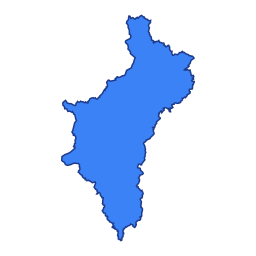 the district of Cumaru do Norte, Pará, Brazil
{"feature_id": "56859067B29511236565229", "entity_name": "Cumaru do Norte", "entity_type": "district", "adm_level": 2, "iso_a3": "BRA", "parent_name": "Brazil", "parent_adm1": "Pará", "projection": "mercator", "projection_center": [-51.233, -8.51], "detail": "fine", "context": "isolated", "style": "filled", "palette": "blue", "viewbox_px": 256, "rotation_deg": 0, "n_neighbors": 0, "source": "geoboundaries", "source_scale": "gbopen_adm2", "svg_char_len": 5825}
<svg xmlns="http://www.w3.org/2000/svg" viewBox="0 0 256 256"><path d="M150.6,20.4L149.6,20.8L148.0,20.4L147.7,19.4L145.9,19.1L145.4,18.4L144.3,18.1L144.5,17.7L144.2,17.0L143.2,16.8L141.5,15.4L139.8,16.4L138.3,18.1L137.6,18.1L137.6,17.4L137.2,17.3L135.7,18.3L135.4,19.1L134.7,19.2L133.3,17.9L132.4,17.6L130.8,18.5L130.2,16.7L129.7,16.1L128.9,16.1L128.4,19.2L128.0,20.3L126.8,21.4L126.5,23.4L127.5,24.2L128.2,25.6L128.1,27.4L129.3,30.1L129.4,34.3L130.3,34.6L130.7,35.2L130.7,37.5L130.0,38.6L126.0,40.6L125.5,41.3L125.6,42.7L127.8,44.7L128.3,47.3L128.0,49.0L128.7,49.8L129.4,50.1L130.6,52.9L130.4,53.6L135.3,57.8L134.3,59.7L133.6,62.7L132.2,65.0L131.4,67.8L126.6,70.4L125.5,73.9L124.5,75.5L122.5,75.8L119.5,77.4L117.8,77.3L117.6,76.8L116.8,77.0L116.0,78.3L115.3,78.5L115.1,78.9L115.9,79.8L115.2,80.2L110.2,81.2L108.9,80.1L108.2,80.2L106.6,82.3L107.2,83.9L107.5,86.4L107.3,86.8L106.3,86.9L106.3,88.2L105.4,88.5L105.1,90.2L104.5,89.7L104.3,89.9L102.1,93.9L99.9,95.8L99.9,97.0L98.5,97.3L98.1,98.3L97.2,99.1L96.2,98.9L95.4,97.8L94.4,98.3L93.1,97.7L91.3,98.1L89.9,98.8L89.2,100.4L88.0,101.4L87.8,101.7L88.2,102.7L87.8,102.9L87.3,102.5L86.2,102.8L85.9,102.1L85.4,101.9L84.3,102.7L83.2,101.9L81.0,101.6L80.7,101.2L79.5,102.3L78.9,102.3L77.5,101.4L77.1,102.4L76.0,103.3L76.1,104.4L75.4,105.5L73.7,105.1L71.1,103.7L69.2,103.6L67.2,102.9L65.6,100.4L63.3,102.1L62.8,103.1L63.0,105.3L64.4,106.6L64.7,108.8L65.9,108.7L66.7,109.0L67.9,111.4L69.9,111.2L71.8,112.2L72.4,111.7L72.6,112.5L73.5,112.9L73.7,114.1L74.9,114.8L75.7,118.9L76.5,120.5L74.7,122.8L72.6,131.1L72.0,131.7L72.5,133.2L74.0,134.2L73.3,134.8L73.3,135.2L74.8,135.5L75.8,137.0L75.8,139.0L75.2,139.7L75.1,141.0L75.4,143.2L74.4,143.9L74.5,145.3L73.5,146.4L73.8,146.9L74.9,147.0L75.0,148.2L70.3,152.3L67.3,153.8L65.3,154.4L62.2,156.4L61.8,157.1L62.0,157.7L61.7,160.3L62.3,161.1L64.4,162.4L65.5,164.6L67.0,165.2L68.0,165.3L71.3,164.4L72.9,163.5L74.6,163.2L78.6,163.6L79.5,164.8L79.3,166.9L79.8,167.5L79.9,168.9L79.7,169.9L78.6,170.8L78.3,172.3L79.2,172.7L79.8,173.7L81.0,174.8L82.3,175.3L82.3,176.5L82.9,177.3L84.0,178.2L85.5,178.2L85.1,179.6L86.6,180.1L86.9,180.7L88.7,180.2L89.2,180.9L90.1,181.0L92.3,182.7L95.2,182.0L95.6,183.3L94.1,187.2L95.5,189.2L97.1,190.2L97.1,191.7L97.8,192.4L96.8,193.9L97.4,193.9L98.9,192.5L99.2,192.5L100.0,193.2L100.6,195.6L101.8,196.8L101.9,197.7L103.2,197.8L102.6,201.6L102.9,202.7L102.4,203.6L103.4,205.1L104.5,205.2L104.6,206.6L104.3,207.3L103.7,207.5L103.2,209.6L102.3,210.4L102.4,211.0L103.8,213.1L104.7,213.0L105.4,213.5L105.4,215.6L106.1,216.2L107.0,216.0L107.7,216.8L107.8,217.1L107.1,217.7L107.2,218.9L108.1,220.2L109.1,220.6L109.4,221.6L109.9,222.0L110.5,222.0L111.6,222.9L113.5,223.3L112.9,224.5L113.2,225.6L114.0,226.2L113.6,226.7L112.4,226.7L112.2,227.3L113.7,228.1L114.8,227.9L115.0,229.1L115.5,229.0L117.8,230.5L117.4,231.2L118.3,231.7L117.6,235.3L118.3,236.0L118.0,236.4L118.4,237.0L118.3,238.9L119.3,239.6L120.2,239.3L120.9,240.6L121.8,240.1L122.0,237.6L123.0,236.6L123.1,233.8L123.7,233.7L123.6,232.8L123.0,232.2L123.1,230.5L123.7,229.6L123.3,229.1L125.0,228.0L125.6,226.9L126.5,227.1L127.9,225.9L129.7,225.4L130.6,224.0L132.0,224.7L132.7,224.7L133.0,226.3L134.6,227.5L134.9,227.3L135.9,225.7L135.8,225.0L136.3,224.7L135.9,222.8L136.2,222.0L137.9,220.4L139.5,220.3L140.1,219.9L140.6,219.2L140.7,217.5L140.1,217.4L140.1,216.8L141.5,216.5L141.7,215.7L141.7,212.9L142.3,210.9L142.5,209.0L141.8,207.7L141.0,207.2L141.1,206.6L140.8,206.4L141.4,202.0L140.2,199.1L140.7,198.3L142.0,197.9L142.5,196.0L142.1,195.1L143.1,194.0L142.8,192.2L141.9,191.3L141.9,190.4L141.1,190.8L140.5,190.5L139.6,189.1L138.2,188.0L138.1,186.8L137.2,187.0L136.4,186.0L138.6,183.1L139.5,180.9L139.4,179.0L138.5,177.9L139.7,176.2L139.9,175.2L142.6,174.3L143.2,173.4L142.8,172.4L140.6,170.3L140.2,168.3L137.8,167.8L137.5,167.1L138.2,165.2L139.0,164.0L139.8,164.0L141.0,165.0L141.6,164.8L142.1,163.3L144.9,159.8L144.3,158.2L145.1,156.1L145.2,153.4L145.8,152.5L145.1,150.4L145.5,149.3L144.9,147.3L145.0,146.6L143.6,143.7L143.7,143.1L144.1,142.4L145.2,141.9L146.0,141.0L146.1,140.2L147.0,140.1L147.3,139.6L148.7,139.3L149.1,138.8L150.0,138.6L150.4,137.6L153.3,134.8L154.1,133.7L153.1,129.9L153.8,129.3L153.8,128.5L152.6,127.6L152.9,127.3L154.4,127.7L154.6,127.5L155.4,124.5L156.6,123.5L156.5,121.8L160.2,118.6L160.2,117.9L158.7,116.8L158.5,115.5L159.0,114.9L158.7,113.3L159.5,113.2L160.4,111.5L161.1,110.9L161.6,111.5L161.8,112.6L163.6,110.4L164.1,110.2L164.1,109.1L163.4,109.2L163.2,108.4L165.1,107.6L166.1,107.8L167.9,108.8L168.8,108.5L168.5,109.5L169.1,110.0L169.1,110.9L169.9,111.8L170.6,111.7L169.9,109.8L170.8,108.1L171.4,108.4L172.9,107.5L171.9,105.7L171.8,104.6L174.2,104.2L174.3,103.3L175.7,102.9L177.4,103.4L179.7,102.9L180.6,102.3L180.5,101.3L181.7,100.7L182.4,99.9L182.3,98.4L182.8,98.6L184.6,97.2L185.5,97.7L187.2,95.5L187.2,94.8L189.9,93.3L190.2,91.8L189.4,91.6L189.3,89.4L192.4,88.9L192.7,84.7L193.2,84.6L194.3,81.8L194.2,81.4L192.2,81.5L191.7,80.4L193.6,79.1L193.4,78.5L192.4,78.1L193.8,76.8L193.7,76.2L193.2,75.3L191.4,75.8L190.0,70.0L188.9,70.4L187.2,69.5L185.9,70.1L184.3,69.9L184.7,69.3L188.1,67.2L188.1,66.6L189.0,66.3L188.9,65.7L188.3,65.4L188.4,65.0L190.1,63.4L191.0,60.4L194.0,58.3L193.7,57.5L192.4,56.2L191.4,56.3L190.9,55.8L189.3,55.7L188.5,54.7L186.1,53.9L183.8,52.2L183.1,52.6L182.2,51.4L181.3,52.5L179.4,52.6L178.7,53.7L177.5,54.7L174.8,54.1L173.6,55.3L172.7,55.3L171.7,53.3L172.0,51.3L170.8,51.2L169.6,49.5L169.6,47.0L168.7,45.3L168.2,45.3L166.0,46.9L165.1,45.8L163.9,45.3L164.3,44.5L163.8,43.1L161.6,43.0L160.8,42.4L159.6,42.4L158.8,40.5L157.7,41.4L156.2,41.4L155.6,42.1L154.7,41.7L153.8,43.1L153.3,42.5L153.5,40.9L152.3,40.2L151.5,40.1L151.3,37.4L150.9,36.4L150.2,36.1L149.8,34.5L149.3,34.1L149.4,32.9L148.4,31.7L149.4,27.7L148.6,26.6L148.6,24.9L149.4,23.5L150.4,22.8L150.6,20.4Z" fill="#3b82f6" stroke="#1e3a8a" stroke-width="1.5"/></svg>